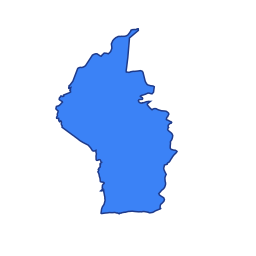 the district of Abu Hummus, Al Buhayrah, Egypt, rotated 310°
{"feature_id": "37247803B15817250169024", "entity_name": "Abu Hummus", "entity_type": "district", "adm_level": 2, "iso_a3": "EGY", "parent_name": "Egypt", "parent_adm1": "Al Buhayrah", "projection": "robinson", "projection_center": [30.325, 31.106], "detail": "fine", "context": "isolated", "style": "filled", "palette": "blue", "viewbox_px": 256, "rotation_deg": 310, "n_neighbors": 0, "source": "geoboundaries", "source_scale": "gbopen_adm2", "svg_char_len": 5777}
<svg xmlns="http://www.w3.org/2000/svg" viewBox="0 0 256 256"><g transform="rotate(310 128 128)"><path d="M87.4,204.7L87.2,204.0L88.0,203.5L89.2,202.6L90.5,202.1L92.0,202.4L93.5,202.5L94.8,202.6L96.2,202.1L96.7,201.8L96.8,201.5L97.3,200.6L97.5,200.3L97.5,200.1L97.1,197.4L96.9,195.0L97.5,194.0L97.6,193.7L98.2,193.8L98.9,193.7L99.5,193.8L99.8,193.9L100.6,193.8L102.5,193.9L104.2,194.3L106.0,194.2L107.7,193.6L108.8,193.1L110.1,192.1L110.9,190.9L112.7,189.1L113.5,188.3L115.7,187.4L117.0,187.1L118.1,184.5L118.6,183.5L118.9,182.9L119.3,182.2L119.9,181.4L120.3,181.1L121.9,180.4L123.0,179.7L125.4,181.3L126.0,180.9L126.5,180.8L127.8,181.2L128.5,181.4L130.2,181.3L131.3,181.0L132.8,180.9L134.6,180.6L136.8,180.5L137.8,180.6L139.7,180.8L140.6,180.8L141.6,180.6L141.6,180.0L141.5,179.2L141.3,178.3L140.6,177.5L140.2,176.7L139.9,175.8L139.5,175.3L139.5,175.0L139.4,174.4L139.6,173.5L140.0,173.0L140.6,172.6L141.3,171.9L142.0,171.5L143.0,170.8L144.0,170.1L144.3,169.6L144.6,169.5L144.9,169.2L146.7,169.1L148.1,168.7L149.4,168.1L150.9,167.2L151.2,166.8L151.4,166.3L151.7,165.9L151.8,165.6L151.8,165.1L152.0,164.7L152.0,164.3L152.0,164.0L152.0,162.9L151.9,161.7L152.0,160.8L152.0,160.5L152.2,159.5L152.5,159.2L153.9,158.7L154.3,158.6L154.5,158.7L154.7,158.0L155.4,157.4L155.6,157.3L155.7,157.2L156.1,157.0L157.0,157.1L157.9,157.1L158.3,157.2L159.4,158.0L160.4,157.8L160.5,156.8L160.2,156.4L160.0,155.4L159.7,153.9L159.6,153.6L159.6,153.4L159.4,152.9L159.1,152.2L159.2,151.9L160.8,151.0L161.2,150.9L162.2,151.1L163.3,150.7L163.9,150.6L164.8,150.4L165.4,149.6L165.5,149.0L165.5,147.8L165.5,147.6L165.4,146.6L164.8,145.5L163.4,143.5L162.8,142.7L162.2,141.4L161.9,140.6L161.5,139.7L161.1,138.4L160.9,137.2L160.4,136.4L159.6,135.5L158.9,135.2L158.6,134.9L158.0,134.9L157.4,134.7L157.4,132.7L157.6,130.9L157.9,129.2L158.2,127.9L159.0,127.3L162.6,128.0L162.3,127.7L162.0,127.1L161.6,126.6L161.0,126.2L160.5,125.6L159.6,125.0L158.8,124.5L158.0,124.1L157.4,123.6L156.8,123.1L156.6,122.7L156.2,122.8L155.8,122.4L155.3,121.8L154.9,120.4L154.9,120.0L155.2,119.1L155.5,118.4L156.3,118.3L156.6,118.2L157.0,118.4L157.2,118.6L157.3,118.7L157.9,119.3L158.1,119.5L159.0,120.5L159.3,120.6L160.1,120.2L160.5,119.4L160.3,118.7L160.1,117.3L160.2,117.0L160.8,117.1L161.6,117.4L162.2,117.7L163.3,118.6L164.3,119.1L164.8,119.5L166.9,120.5L167.3,120.7L167.6,120.9L168.0,121.4L168.4,121.9L168.5,122.2L168.7,122.8L169.1,123.6L169.4,124.1L169.7,124.5L171.9,124.5L176.5,121.6L176.3,120.3L175.9,119.6L174.9,118.1L173.9,115.9L173.8,115.4L173.6,114.6L174.1,113.4L174.2,112.5L175.1,110.8L180.2,103.8L180.5,102.9L180.5,102.6L180.6,102.1L180.2,101.3L179.9,100.6L178.5,99.4L176.5,97.5L175.3,96.3L174.9,95.7L174.1,95.0L173.0,94.1L172.8,93.9L172.3,93.7L172.1,93.5L171.8,93.5L171.4,93.1L171.2,93.0L170.4,91.6L169.8,90.8L170.7,89.7L171.8,89.1L181.8,82.6L196.6,72.2L197.5,71.5L198.1,71.2L198.4,71.2L198.9,71.4L209.4,73.2L210.6,72.1L210.0,71.4L208.4,70.7L208.0,70.2L207.5,69.5L206.4,68.4L205.9,67.9L205.0,67.6L204.7,67.4L204.2,67.8L202.4,67.9L202.1,68.0L199.2,68.1L198.0,67.7L197.7,67.6L196.2,66.6L195.7,66.0L195.0,65.3L194.1,64.1L193.4,63.5L192.8,62.7L192.6,62.6L192.4,62.2L191.7,61.6L190.9,61.3L189.4,60.6L188.2,60.4L187.9,60.3L186.8,60.2L185.1,60.2L181.7,61.2L180.2,62.9L179.7,63.4L178.7,64.4L175.6,65.5L174.2,65.5L173.2,65.4L172.2,65.2L171.3,63.3L170.1,61.6L167.6,61.3L167.1,61.2L166.7,61.3L165.9,61.4L165.4,60.6L164.9,56.5L163.9,55.4L162.7,54.6L161.0,53.9L148.4,55.4L147.7,55.2L146.7,54.9L146.2,54.8L146.1,54.6L145.2,54.1L144.7,53.8L143.9,52.6L142.9,51.8L142.5,51.6L141.3,51.2L128.4,55.7L124.3,55.9L122.9,55.9L122.3,55.9L122.1,56.0L120.7,56.7L120.3,57.2L120.4,57.5L121.3,56.7L121.1,57.4L122.3,58.2L120.5,58.8L120.4,59.3L119.3,59.5L119.4,60.2L118.6,60.9L116.9,60.2L116.0,59.7L111.9,57.5L111.2,58.3L110.2,57.9L110.1,57.1L109.4,56.0L108.5,56.4L108.0,56.1L107.1,56.1L105.7,56.8L105.5,57.5L105.7,58.4L105.8,59.7L106.0,60.6L105.7,61.2L104.7,61.1L104.0,61.0L103.5,61.1L101.6,60.9L100.5,60.6L98.5,59.3L96.7,60.2L96.3,60.5L96.2,61.0L96.1,63.6L94.9,64.3L93.9,64.6L93.1,64.9L92.2,66.0L90.3,66.4L89.6,67.1L90.0,67.9L90.4,68.3L90.8,68.6L89.8,69.8L89.1,70.3L88.9,71.7L90.2,71.8L90.2,72.5L89.6,73.4L88.4,74.1L87.7,74.9L87.4,76.2L86.2,76.9L86.2,77.4L87.4,96.4L87.4,98.0L87.5,99.7L88.0,102.8L89.3,108.5L88.8,111.9L87.8,115.2L88.0,116.1L88.4,116.7L89.0,117.2L89.6,117.5L90.3,117.8L90.1,118.0L89.5,118.4L88.8,119.1L87.9,120.4L86.0,121.5L83.2,124.0L83.1,124.8L83.9,125.7L84.9,125.9L85.4,126.5L85.7,127.1L85.5,127.7L85.0,128.6L84.6,129.4L84.7,129.7L84.3,129.6L83.7,129.8L82.9,129.5L82.3,130.4L81.8,130.2L81.2,131.0L80.7,131.2L80.6,131.6L79.9,131.8L78.5,131.5L77.9,131.8L77.2,131.8L77.1,132.6L75.7,133.0L75.3,133.3L75.0,133.2L74.4,134.8L73.7,135.8L72.5,137.2L71.8,138.4L71.3,139.1L70.9,139.5L70.7,139.7L69.3,141.1L69.2,141.4L69.7,142.6L70.2,143.3L70.4,143.7L70.7,144.4L70.7,144.9L70.3,145.3L70.0,145.4L69.5,145.1L67.9,145.2L67.0,145.6L66.7,146.0L65.6,146.7L65.4,146.9L65.5,147.1L65.5,147.5L64.4,147.8L63.2,147.6L62.3,147.5L62.6,148.0L64.2,149.2L64.7,149.3L63.9,150.1L61.5,153.0L61.2,153.3L61.0,153.6L60.5,154.3L60.0,154.9L59.4,155.3L58.1,156.7L57.4,157.2L54.4,158.6L53.6,158.8L52.6,158.9L51.4,159.0L50.5,159.3L49.4,159.7L48.7,160.0L45.4,162.1L45.5,162.8L47.9,164.9L48.8,165.8L50.1,167.1L51.2,168.0L52.7,170.0L53.3,170.7L54.6,171.9L55.1,172.7L55.5,173.8L56.1,174.4L56.3,175.3L56.5,175.7L56.5,176.0L56.6,176.4L56.8,176.5L57.0,176.4L57.4,176.4L57.7,176.7L58.2,177.2L58.3,177.4L58.5,177.5L58.9,177.6L59.1,177.7L60.0,178.5L61.0,179.2L61.4,179.8L62.3,180.5L64.2,181.8L65.2,182.9L65.3,183.0L66.2,183.9L67.0,184.7L67.9,186.1L68.7,187.3L70.9,190.4L71.7,191.1L72.3,192.1L73.8,193.3L74.6,194.4L75.6,196.1L76.5,197.8L76.7,198.8L77.3,199.5L79.3,201.2L80.8,201.8L82.1,202.2L87.0,204.8L87.4,204.7Z" fill="#3b82f6" stroke="#1e3a8a" stroke-width="1.5"/></g></svg>